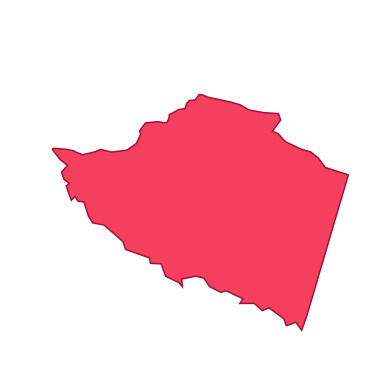 the district of Dixie, Florida, United States of America, rotated 107°
{"feature_id": "52423323B96529923169881", "entity_name": "Dixie", "entity_type": "district", "adm_level": 2, "iso_a3": "USA", "parent_name": "United States of America", "parent_adm1": "Florida", "projection": "equal_earth", "projection_center": [-83.166, 29.557], "detail": "fine", "context": "isolated", "style": "filled", "palette": "rose", "viewbox_px": 384, "rotation_deg": 107, "n_neighbors": 0, "source": "geoboundaries", "source_scale": "gbopen_adm2", "svg_char_len": 1096}
<svg xmlns="http://www.w3.org/2000/svg" viewBox="0 0 384 384"><g transform="rotate(107 192 192)"><path d="M91.7,132.2L95.1,146.4L96.9,161.5L94.6,171.0L94.6,180.4L96.7,205.0L96.0,210.3L96.6,213.6L103.2,215.9L105.1,221.1L108.8,223.1L114.3,223.1L117.0,228.8L124.8,236.3L128.0,235.6L132.8,236.3L134.3,240.0L134.6,245.0L139.6,256.8L148.9,259.9L152.2,258.0L161.7,259.4L170.9,266.3L177.3,280.5L178.0,291.7L182.5,297.4L188.3,307.6L187.7,316.0L187.2,316.7L187.8,324.2L190.7,337.2L192.1,338.0L199.5,327.7L203.0,318.9L211.1,322.6L217.3,318.1L219.6,311.9L223.0,314.1L235.2,305.0L230.5,302.6L234.1,298.3L233.2,292.4L245.3,283.9L250.6,277.9L249.3,266.6L259.6,243.6L266.3,238.8L267.5,213.4L272.4,210.9L269.7,200.5L280.3,192.5L282.5,178.2L285.4,173.4L278.3,176.4L271.4,163.9L270.9,155.4L277.4,147.4L279.5,134.9L276.5,130.5L279.2,112.0L284.6,113.7L280.3,99.9L284.9,90.0L280.3,84.6L286.3,67.2L292.3,62.7L286.2,54.6L292.2,46.7L276.4,46.0L129.9,47.5L129.6,71.6L122.6,81.1L118.9,90.5L119.2,99.6L116.6,117.3L111.0,126.8L110.4,132.8L97.3,128.3L91.7,132.2Z" fill="#f43f5e" stroke="#9f1239" stroke-width="1.5"/></g></svg>